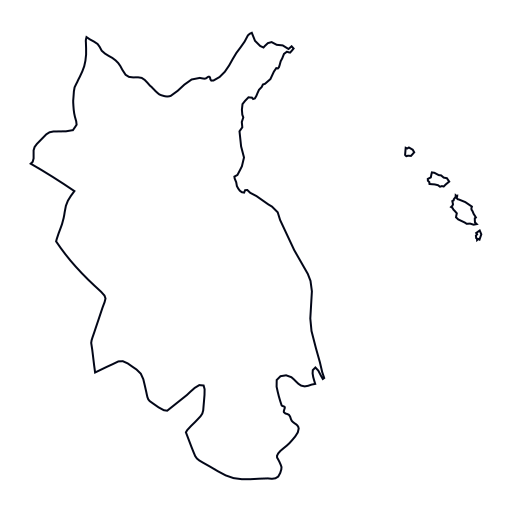 map outline of Nayarit (Robinson projection), rotated 180°
{"feature_id": "MEX-2721", "entity_name": "Nayarit", "entity_type": "State", "adm_level": 1, "iso_a3": "MEX", "parent_name": "Mexico", "parent_adm1": "", "projection": "robinson", "projection_center": [-105.251, 21.861], "detail": "fine", "context": "isolated", "style": "outline", "palette": "ink", "viewbox_px": 512, "rotation_deg": 180, "n_neighbors": 0, "source": "natural_earth", "source_scale": "10m", "svg_char_len": 5138}
<svg xmlns="http://www.w3.org/2000/svg" viewBox="0 0 512 512"><g transform="rotate(180 256 256)"><path d="M260.2,479.2L257.0,471.2L251.8,466.0L248.5,464.5L247.2,466.0L244.1,468.9L240.4,469.9L235.3,467.2L229.3,466.6L223.5,463.0L220.4,465.7L218.4,463.5L220.0,461.5L221.9,459.4L223.4,459.7L225.1,460.3L228.0,458.1L229.8,453.6L231.3,450.8L232.4,446.8L233.1,444.7L234.2,443.5L235.7,443.9L238.1,440.4L241.6,432.9L247.0,428.2L249.1,427.5L250.3,425.0L253.0,422.2L254.5,418.9L255.6,416.2L257.1,413.6L258.9,413.0L260.1,414.4L262.0,414.5L263.5,414.7L266.9,411.2L269.5,407.9L270.1,402.3L269.7,397.3L268.7,394.6L270.2,390.0L269.7,384.7L272.5,380.7L270.9,365.6L268.0,354.5L270.1,345.7L271.9,342.1L274.6,337.0L277.6,335.4L277.3,333.4L275.8,329.8L275.1,325.9L273.8,323.5L272.2,321.3L270.2,319.8L267.9,319.4L266.9,321.8L264.7,322.0L261.8,319.2L255.5,315.9L243.7,307.6L240.0,305.4L234.3,299.7L231.9,292.0L217.8,261.9L204.2,238.1L201.5,231.1L200.1,220.7L201.7,193.5L200.5,181.0L196.1,163.9L192.1,149.7L189.8,139.9L187.8,134.0L189.2,133.0L191.0,136.2L193.7,141.4L196.6,144.5L199.2,141.9L199.4,138.6L198.8,135.0L197.8,131.4L196.8,128.1L200.4,127.4L203.9,126.2L207.3,125.6L210.9,126.4L213.6,128.2L215.9,130.4L218.2,132.7L220.6,134.8L225.9,136.7L231.5,135.8L235.3,132.0L235.4,125.3L234.4,120.7L233.2,115.8L231.8,111.0L230.4,106.7L229.8,106.1L228.8,105.8L227.8,105.4L227.2,104.8L227.3,103.7L227.8,102.3L228.2,100.8L228.1,99.8L226.6,98.5L224.8,98.0L223.1,97.2L221.9,95.4L221.0,92.7L220.2,91.1L219.1,90.0L217.3,88.6L215.9,87.7L214.7,86.6L213.8,85.3L213.3,83.5L214.2,79.6L216.8,75.5L220.0,71.7L222.6,68.8L225.2,66.4L228.4,63.8L231.5,61.2L233.8,58.6L235.0,56.2L234.9,54.4L233.9,52.7L232.6,50.2L231.2,47.0L230.5,44.9L230.7,42.6L231.8,39.0L233.8,35.4L236.6,33.7L240.1,33.2L244.2,33.6L252.6,33.3L261.5,32.8L270.2,32.8L278.5,33.9L286.3,36.6L294.2,40.8L302.0,45.4L309.3,49.5L312.8,51.6L315.1,53.5L316.8,55.9L318.4,59.7L320.4,64.7L322.3,69.7L324.2,74.7L326.1,79.7L324.7,82.0L321.0,86.0L316.9,90.0L314.6,92.4L311.5,95.7L309.7,98.4L308.8,101.6L308.4,106.4L308.0,111.0L307.5,117.1L307.4,122.8L308.4,126.5L312.7,126.9L317.3,124.1L321.7,120.2L325.2,116.9L330.1,113.0L335.0,109.1L339.9,105.2L344.8,101.3L348.2,101.8L353.5,104.7L358.8,108.4L362.3,110.9L363.7,112.6L364.6,114.9L365.2,117.5L365.7,119.9L367.2,126.5L368.7,132.8L371.2,138.3L375.5,142.5L379.6,145.3L384.3,148.6L389.2,150.8L393.6,150.6L399.4,147.8L405.3,145.1L411.1,142.3L416.9,139.5L417.9,146.9L418.8,154.4L419.7,161.8L420.8,169.1L420.4,171.7L419.6,174.3L418.7,176.9L417.8,179.5L415.7,185.8L413.6,192.0L411.5,198.3L409.4,204.6L407.4,209.9L406.5,213.5L407.5,216.4L410.9,220.2L417.5,226.3L424.0,232.5L430.3,238.9L436.5,245.6L441.7,251.6L446.6,257.7L451.3,264.0L455.9,270.6L455.2,273.2L453.4,278.6L451.3,284.2L450.0,287.8L449.2,290.8L448.4,293.8L447.8,296.8L447.3,300.0L446.1,306.2L444.1,311.3L441.2,316.0L437.6,320.9L448.4,328.1L459.3,335.1L470.2,341.8L480.1,347.6L481.3,348.3L479.3,350.2L478.4,353.6L478.4,361.7L477.4,365.0L475.1,368.1L465.7,377.7L462.5,379.7L458.7,380.5L445.9,380.7L440.1,381.7L439.1,381.8L436.9,385.0L435.4,387.3L435.8,390.7L437.1,395.3L437.8,398.6L438.3,402.3L438.6,406.1L438.8,409.6L438.8,410.3L438.8,411.1L438.8,411.8L438.7,412.6L438.4,416.6L438.1,420.7L437.4,424.7L435.7,428.2L434.8,429.9L434.0,431.7L433.1,433.5L432.2,435.2L429.7,440.6L427.8,445.7L426.6,451.2L425.9,457.5L425.9,460.5L425.9,463.6L426.0,466.6L426.1,469.6L426.2,471.0L426.1,472.3L425.8,473.6L425.5,474.9L422.1,472.6L418.0,470.4L414.4,468.0L412.4,465.2L410.3,461.3L407.0,458.4L403.3,456.1L399.7,454.1L396.4,451.6L393.8,449.0L391.7,446.0L389.6,442.1L386.4,437.2L383.0,435.1L378.9,434.6L374.0,434.7L370.3,434.1L367.3,432.1L364.6,429.3L362.0,426.3L360.5,425.1L359.2,423.7L357.9,422.4L356.6,421.0L354.3,418.9L352.7,417.6L350.8,416.8L347.7,415.9L346.1,415.6L344.5,415.5L342.9,415.7L341.3,416.1L334.3,421.2L327.6,427.4L320.4,432.5L312.2,434.1L310.7,433.8L309.0,433.5L307.3,433.3L305.9,433.7L305.1,434.3L304.3,434.9L303.5,435.3L302.5,435.2L301.9,434.2L301.6,432.6L300.7,431.4L298.5,431.5L292.4,435.0L287.2,440.2L282.9,446.5L279.2,453.1L275.6,459.1L271.4,464.7L267.4,470.4L264.1,476.6L262.3,478.2L260.2,479.2ZM59.6,306.2L59.0,307.7L59.4,309.6L59.7,310.9L58.4,311.6L58.2,312.7L57.4,313.8L56.4,315.0L56.3,316.7L55.6,316.1L54.8,316.3L54.9,315.2L55.5,314.1L54.3,312.8L53.1,312.5L46.7,309.9L40.1,305.4L40.3,304.7L40.6,303.9L40.5,302.4L39.4,300.7L38.4,298.2L36.8,295.7L36.1,294.5L37.2,293.7L37.2,291.8L37.0,289.6L35.3,287.9L38.4,287.3L41.9,288.4L45.3,288.2L47.3,289.5L53.8,292.6L56.0,294.7L55.7,296.4L55.2,298.7L57.3,301.1L58.6,302.4L59.4,303.9L60.2,304.6L60.9,305.0L59.6,306.2ZM77.4,327.6L80.4,327.8L82.5,328.0L82.7,329.9L84.1,331.3L84.2,333.1L81.2,334.6L80.6,337.6L80.1,339.6L77.6,339.2L73.3,336.9L70.9,336.6L68.3,334.4L65.1,333.8L62.8,330.4L66.2,327.6L68.3,325.5L70.1,325.9L72.0,325.3L74.0,326.8L77.4,327.6ZM106.9,357.1L106.6,360.9L106.3,364.2L104.8,363.5L103.1,364.5L99.3,362.3L97.8,359.7L101.0,356.1L104.0,356.3L105.6,355.8L106.3,356.3L106.9,357.1ZM34.9,271.9L35.0,273.4L35.8,273.9L36.1,276.3L34.9,277.7L35.8,279.0L32.3,281.5L30.7,277.7L31.6,275.0L32.5,272.4L33.6,273.0L34.9,271.9Z" fill="none" stroke="#020617" stroke-width="2"/></g></svg>